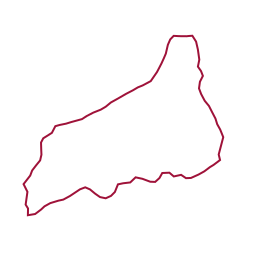 the district of Davios, Cyprus, rotated 188°
{"feature_id": "46923920B64844622441299", "entity_name": "Davios", "entity_type": "district", "adm_level": 2, "iso_a3": "CYP", "parent_name": "Cyprus", "parent_adm1": "", "projection": "equal_earth", "projection_center": [33.916, 35.414], "detail": "fine", "context": "isolated", "style": "outline", "palette": "rose", "viewbox_px": 256, "rotation_deg": 188, "n_neighbors": 0, "source": "geoboundaries", "source_scale": "gbopen_adm2", "svg_char_len": 1236}
<svg xmlns="http://www.w3.org/2000/svg" viewBox="0 0 256 256"><g transform="rotate(188 128 128)"><path d="M69.7,215.4L72.6,223.0L77.1,228.3L80.0,227.7L82.9,227.0L89.9,226.1L95.6,225.6L98.5,221.6L100.1,215.9L100.9,206.9L102.2,202.1L103.8,196.7L105.4,192.1L107.1,187.4L112.0,177.6L119.4,172.2L123.9,169.6L128.4,166.0L134.6,161.6L143.2,154.9L148.5,150.9L153.0,146.0L157.5,142.4L164.5,138.4L170.7,134.0L174.8,130.4L185.0,126.0L189.9,123.7L196.1,121.5L200.2,119.7L202.7,112.6L210.5,106.0L212.1,101.5L210.9,94.4L210.0,89.5L210.5,83.7L213.7,78.4L217.0,72.6L218.2,67.3L223.6,57.9L218.7,50.8L218.7,42.8L218.7,37.9L215.8,34.4L215.0,27.7L208.0,29.9L202.7,35.2L199.8,38.8L194.5,42.8L186.7,46.4L182.1,48.1L176.0,52.6L167.0,60.6L162.1,63.3L157.1,61.9L151.4,58.4L146.1,55.7L140.3,55.3L135.4,58.4L132.1,62.8L130.1,70.8L125.1,72.6L118.2,74.4L113.6,80.2L106.7,79.7L98.5,77.9L93.6,78.4L89.9,82.8L87.8,88.2L80.8,89.5L75.9,86.4L68.9,89.0L63.6,86.4L58.7,87.3L51.7,91.7L46.4,95.7L41.5,100.6L38.2,103.3L32.4,109.1L34.5,114.4L33.7,121.1L32.4,132.2L36.5,139.3L40.2,144.2L42.7,149.5L47.2,155.8L50.9,161.1L55.8,165.6L60.3,171.8L63.2,177.1L63.2,183.8L61.1,190.0L63.6,194.5L67.3,198.5L66.9,205.6L69.7,215.4Z" fill="none" stroke="#9f1239" stroke-width="2"/></g></svg>